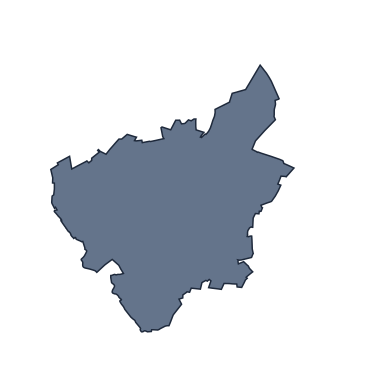 the district of Tu Son, Bắc Ninh, Vietnam, rotated 232°
{"feature_id": "81297802B85996690558528", "entity_name": "Tu Son", "entity_type": "district", "adm_level": 2, "iso_a3": "VNM", "parent_name": "Vietnam", "parent_adm1": "Bắc Ninh", "projection": "natural_earth1", "projection_center": [105.957, 21.118], "detail": "fine", "context": "isolated", "style": "filled", "palette": "slate", "viewbox_px": 384, "rotation_deg": 232, "n_neighbors": 0, "source": "geoboundaries", "source_scale": "gbopen_adm2", "svg_char_len": 4984}
<svg xmlns="http://www.w3.org/2000/svg" viewBox="0 0 384 384"><g transform="rotate(232 192 192)"><path d="M91.7,187.9L91.7,190.7L95.9,190.3L96.7,190.3L99.1,190.8L100.4,190.5L105.3,189.8L106.8,184.3L107.4,184.6L109.3,185.7L109.4,186.0L109.5,186.2L109.7,186.4L110.2,186.4L109.0,187.5L108.0,189.2L104.5,197.0L103.9,198.3L103.8,198.6L103.9,198.9L105.2,201.0L105.6,201.7L105.7,202.3L108.0,203.4L109.6,204.2L110.0,204.4L113.0,206.6L117.0,209.5L120.5,211.9L121.0,211.4L121.6,210.2L121.8,209.4L122.0,209.0L122.4,208.7L123.0,208.1L123.6,209.0L124.0,209.5L124.3,209.5L124.6,209.7L125.2,210.3L126.0,210.9L126.9,211.9L127.3,212.4L127.4,212.9L127.8,214.0L128.1,214.7L128.3,215.3L128.2,216.1L128.0,217.2L127.6,217.3L127.1,217.7L126.8,218.1L129.8,220.7L133.5,223.9L134.0,224.5L135.0,226.6L136.0,228.7L133.6,231.3L135.4,233.2L134.4,234.2L134.3,234.6L136.2,237.8L136.8,237.5L139.1,238.2L137.3,244.0L136.1,247.4L135.8,248.3L135.7,249.0L137.5,255.1L139.8,260.6L142.7,266.2L145.4,264.5L147.5,268.3L149.7,271.9L147.5,274.3L146.7,275.2L146.0,275.5L148.1,287.1L150.7,285.8L154.9,283.6L158.0,281.9L158.9,282.3L160.6,282.8L160.8,282.8L162.8,281.7L163.7,281.2L171.3,276.3L180.0,270.4L182.9,268.6L182.9,268.1L183.4,267.8L183.7,267.8L184.3,267.6L185.5,267.0L188.3,265.7L188.5,265.6L188.8,265.9L188.9,266.0L193.2,273.5L195.6,287.1L197.6,302.2L201.0,303.1L202.2,304.3L205.4,306.8L206.6,307.9L209.3,311.4L210.1,312.1L213.0,313.9L211.8,317.5L211.8,317.8L211.3,317.9L213.8,318.5L230.5,322.7L234.6,323.3L239.6,323.8L250.0,323.8L243.4,306.9L239.7,297.3L245.0,284.4L240.1,277.3L239.7,276.9L242.1,265.1L242.5,263.0L242.9,261.0L240.3,259.1L237.8,256.3L235.6,252.5L233.3,249.2L231.1,245.8L229.7,242.7L229.1,240.4L228.8,238.5L229.6,238.1L229.1,233.0L230.1,232.4L231.0,234.7L231.7,238.1L238.4,233.5L241.0,235.1L245.7,238.7L247.1,240.0L248.3,238.5L248.6,235.2L251.0,233.6L250.4,229.0L250.7,228.0L252.2,225.7L256.2,226.5L257.4,224.9L258.6,223.4L254.1,213.5L261.7,208.4L261.7,207.1L253.6,203.0L251.4,202.7L254.9,195.3L257.3,190.4L258.1,189.8L261.5,183.2L263.7,184.3L266.6,179.5L267.9,178.3L269.4,182.0L271.1,180.7L277.3,176.4L277.0,169.2L278.7,167.0L277.8,162.0L276.2,153.6L274.7,147.5L280.5,144.7L283.0,144.4L282.9,143.3L280.5,143.4L280.4,133.8L278.6,132.3L278.6,129.8L278.5,128.7L281.2,128.3L281.3,127.2L283.1,117.5L283.9,112.6L284.0,112.6L284.2,111.4L295.5,117.5L297.5,105.7L297.8,103.8L295.8,103.4L296.7,94.6L288.9,91.0L285.0,87.7L283.7,89.0L279.1,85.4L275.2,81.6L274.9,81.3L274.9,79.3L274.1,78.5L270.1,75.0L269.1,74.6L263.8,73.6L264.0,75.0L261.0,74.6L262.0,72.2L261.4,71.5L261.2,71.5L260.9,71.5L259.7,71.6L258.7,71.7L257.5,71.7L256.6,71.8L256.0,71.8L255.5,71.7L254.6,71.9L254.0,71.9L253.4,71.9L252.4,72.1L252.1,72.1L251.6,72.1L250.8,72.1L250.8,71.8L250.8,71.7L250.6,71.7L250.0,71.7L249.6,71.6L249.8,71.0L248.9,71.0L248.2,70.9L247.1,70.8L244.9,70.7L243.3,70.6L242.2,70.6L241.5,70.5L241.1,70.4L240.8,70.5L240.4,70.5L238.3,70.3L237.9,70.3L236.9,70.3L236.7,70.3L236.5,70.6L236.4,70.7L235.7,70.7L234.8,70.7L234.1,70.7L233.8,70.5L233.1,70.4L232.8,70.3L232.7,70.1L231.7,70.0L231.4,70.0L230.8,70.0L230.5,70.0L230.2,70.1L229.2,70.2L228.9,70.2L228.4,70.2L228.2,70.2L228.2,70.3L228.1,71.4L228.2,71.9L228.1,72.0L227.2,72.1L226.9,71.9L226.4,71.7L225.8,71.8L225.4,72.0L224.0,72.8L223.7,72.9L222.6,73.6L220.6,74.5L220.3,75.5L214.0,73.2L212.7,72.3L212.2,72.6L211.2,72.8L210.5,72.8L209.9,72.2L209.4,71.2L208.6,69.5L207.9,67.9L207.5,66.3L207.3,64.2L207.2,63.3L206.7,62.9L205.9,62.9L204.4,62.8L203.5,62.4L201.9,61.0L201.3,60.6L200.7,60.3L199.7,60.2L198.8,60.5L197.9,61.0L194.5,63.8L190.7,66.5L189.3,67.3L187.3,67.5L187.4,69.0L188.2,78.1L188.2,79.9L188.0,87.6L180.5,89.0L179.3,89.2L178.7,89.1L174.9,88.4L171.3,88.0L170.0,87.8L171.3,84.7L171.7,84.1L172.7,82.9L173.3,81.4L173.6,81.0L174.0,80.8L174.7,80.3L175.1,79.4L175.5,78.0L175.7,77.4L176.2,76.6L174.6,75.3L173.7,74.8L170.2,72.9L169.2,72.9L167.5,73.4L166.5,73.4L165.6,73.1L164.8,72.0L163.7,69.2L162.8,67.9L161.9,67.3L160.9,67.4L159.4,68.3L158.5,69.2L157.7,69.6L156.2,69.9L155.2,69.9L153.8,69.6L151.7,70.0L150.8,70.2L150.5,69.9L150.5,69.4L150.7,68.6L150.6,68.1L150.4,67.9L149.0,67.6L147.1,67.4L144.0,67.4L142.5,67.2L141.4,66.9L141.2,66.9L140.8,66.8L139.6,66.8L137.6,66.8L134.4,66.8L132.5,66.8L131.0,66.8L128.8,67.2L127.4,67.5L126.8,67.8L125.8,67.9L124.0,67.4L123.5,67.4L116.8,67.6L116.0,67.3L115.7,66.7L115.3,66.4L114.7,66.2L114.0,66.1L113.1,66.1L112.6,66.4L112.1,67.4L111.9,68.9L111.7,69.4L111.2,69.8L109.3,70.8L108.6,71.8L107.1,74.1L108.3,75.4L107.7,76.2L104.3,80.1L104.0,81.2L103.8,83.2L102.8,88.3L102.0,90.0L100.8,91.5L102.6,94.7L106.6,101.3L106.9,102.2L109.7,113.6L110.0,114.7L115.6,115.8L114.2,119.5L116.5,121.4L116.4,124.0L116.3,125.3L116.4,126.6L114.5,128.4L116.7,132.2L110.3,138.8L114.5,144.1L113.8,148.5L112.3,149.2L112.5,151.7L110.3,152.2L106.4,146.2L104.2,148.3L99.8,152.7L97.2,155.2L100.2,160.9L96.9,165.0L94.8,167.2L91.9,170.6L89.4,169.1L86.2,172.4L88.5,177.4L89.8,180.0L90.0,182.4L91.5,182.2L91.6,183.3L91.7,187.9Z" fill="#64748b" stroke="#1e293b" stroke-width="1.5"/></g></svg>